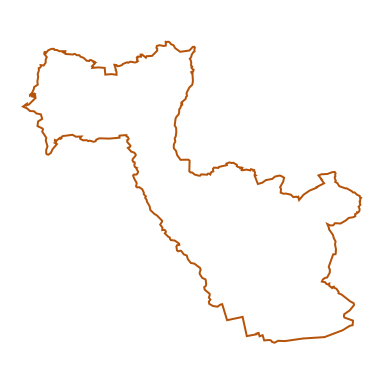 outline of Voinesti, Dâmbovita, Romania
{"feature_id": "2599482B44147750772273", "entity_name": "Voinesti", "entity_type": "district", "adm_level": 2, "iso_a3": "ROU", "parent_name": "Romania", "parent_adm1": "Dâmbovita", "projection": "natural_earth1", "projection_center": [25.247, 45.074], "detail": "fine", "context": "isolated", "style": "outline", "palette": "amber", "viewbox_px": 384, "rotation_deg": 0, "n_neighbors": 0, "source": "geoboundaries", "source_scale": "gbopen_adm2", "svg_char_len": 5868}
<svg xmlns="http://www.w3.org/2000/svg" viewBox="0 0 384 384"><path d="M352.6,325.2L353.0,320.6L344.5,317.6L343.9,316.4L344.2,314.2L349.7,310.4L354.0,305.1L353.7,303.2L350.4,301.5L341.5,294.5L338.5,293.3L338.7,292.0L337.7,290.6L336.5,288.8L334.3,287.8L333.9,286.7L332.7,287.0L332.8,287.7L332.2,288.1L329.2,285.7L329.3,283.6L327.6,284.4L326.3,283.9L325.3,282.3L321.9,281.6L322.9,279.4L324.9,278.0L327.1,277.5L329.7,272.8L329.9,269.8L328.7,266.9L333.2,254.3L335.5,254.2L335.9,252.3L335.7,250.8L336.1,250.0L335.0,244.3L335.6,241.5L333.9,238.4L332.9,234.9L328.9,229.1L329.1,228.3L327.3,224.0L330.1,225.4L332.4,225.4L333.4,225.2L334.9,223.2L340.6,223.5L345.9,220.4L348.7,217.9L352.9,217.3L355.3,216.2L355.1,214.2L356.9,213.3L357.1,212.2L358.3,212.4L359.4,210.9L359.6,209.0L358.6,206.7L360.4,204.8L359.8,203.1L360.1,201.5L359.7,201.2L360.3,200.2L360.2,199.0L361.0,197.9L360.1,197.5L359.6,195.8L357.4,195.0L354.5,192.4L352.9,192.4L351.8,191.2L346.6,188.3L345.5,188.4L339.3,186.2L337.4,183.2L335.2,181.9L335.8,180.8L334.8,178.5L334.8,176.9L335.4,176.2L335.1,174.5L335.6,173.3L334.7,171.9L332.2,172.2L327.3,174.0L321.4,174.3L318.5,175.4L321.6,179.3L321.3,179.5L324.1,183.3L316.7,187.0L317.0,187.4L316.4,187.8L309.4,190.7L303.6,194.7L299.1,200.0L298.3,196.7L297.2,197.2L296.4,196.7L293.3,197.1L291.0,194.7L286.2,193.6L283.4,193.7L280.7,192.7L281.0,188.9L280.1,187.2L283.2,181.6L284.1,177.7L281.0,175.9L279.4,175.6L274.9,176.6L272.3,178.9L265.9,180.1L262.3,182.7L257.9,184.0L254.7,175.8L255.8,175.4L254.7,174.4L255.0,172.4L254.2,170.7L253.7,170.7L254.0,170.1L250.9,169.2L250.3,170.4L246.3,169.6L242.1,170.3L241.5,170.0L242.4,167.8L241.7,167.6L241.3,168.2L240.5,168.2L240.8,167.6L237.8,166.9L236.8,166.2L237.0,165.0L233.5,162.8L231.4,163.0L229.5,162.4L226.4,163.6L226.9,165.1L219.0,166.9L218.3,167.9L214.0,167.6L213.0,168.8L213.3,171.4L211.4,172.0L210.2,174.5L209.1,173.6L207.8,173.7L207.1,174.7L201.2,174.4L200.2,175.6L198.9,175.7L194.8,174.6L192.1,172.5L190.4,172.4L189.3,171.3L189.6,160.6L188.4,159.7L180.5,159.8L177.2,155.2L176.0,150.9L174.0,148.5L173.7,147.2L173.9,144.3L175.3,141.5L174.7,138.3L175.7,136.5L176.3,132.1L176.1,127.9L174.7,125.4L175.6,118.4L176.6,116.6L178.4,114.7L179.1,112.8L179.3,109.1L180.3,108.1L181.2,105.2L181.4,105.6L182.2,104.7L182.1,102.8L181.4,102.8L181.5,102.4L185.5,99.1L186.1,96.9L187.0,95.9L186.5,93.5L187.0,92.1L189.4,87.4L192.2,84.8L192.6,83.2L192.9,80.7L192.5,74.4L192.1,73.8L192.5,73.2L191.8,72.9L192.1,72.4L191.5,72.0L193.2,71.1L193.6,69.8L191.9,68.5L191.4,67.3L192.2,66.7L191.1,65.5L191.2,62.2L190.6,59.9L189.8,58.8L191.1,57.2L191.8,54.6L193.2,52.3L194.5,51.5L194.4,49.5L194.9,47.7L194.4,46.9L192.8,46.9L189.4,50.5L180.2,51.8L175.1,48.1L173.5,45.2L171.0,44.2L169.5,42.2L168.2,41.7L166.5,42.1L165.1,41.3L165.9,42.5L165.8,45.5L163.7,46.0L159.7,45.2L156.9,45.9L156.4,47.8L157.2,48.6L157.2,50.7L152.0,55.9L146.7,56.2L145.9,57.7L142.2,54.6L140.6,54.6L140.6,55.2L141.4,55.2L141.1,56.7L137.6,56.6L137.0,57.3L137.5,57.6L137.0,58.0L137.4,59.2L137.0,59.5L137.2,60.8L137.8,61.2L136.9,61.9L135.0,62.5L130.3,61.7L128.1,62.8L127.0,62.3L122.8,64.0L122.0,65.1L118.9,66.1L117.2,66.1L116.5,65.0L114.4,64.8L115.9,69.7L115.6,70.1L116.5,71.7L116.5,74.8L111.7,74.1L105.3,74.6L104.7,67.9L98.2,67.4L92.3,67.9L92.9,66.7L92.1,66.2L94.8,63.5L94.2,62.9L95.0,62.5L93.9,62.1L94.3,61.7L90.7,60.0L89.9,60.1L89.2,61.0L86.6,60.7L83.6,57.8L80.5,56.7L79.3,55.2L76.8,55.2L75.2,54.1L74.2,53.9L73.1,54.5L65.5,54.0L65.1,53.2L62.1,52.0L65.2,52.2L65.4,51.2L59.2,51.2L56.9,50.0L54.5,49.9L53.9,48.9L51.4,48.9L48.2,50.3L46.0,53.0L45.4,52.0L44.5,52.1L44.2,53.9L46.8,57.1L45.7,59.5L45.7,62.5L43.7,65.5L40.6,65.1L40.9,66.6L39.9,67.8L38.7,68.2L38.9,70.4L37.7,74.2L38.2,76.8L37.4,81.2L37.7,84.7L34.1,87.1L33.8,89.1L32.0,93.0L29.9,94.9L30.0,95.7L34.3,93.5L34.9,93.9L34.5,94.2L35.0,95.3L32.7,95.7L32.2,96.5L34.4,97.0L35.2,96.3L35.6,97.9L28.7,104.7L27.9,104.5L26.8,105.2L26.8,103.8L23.0,106.6L26.9,108.3L30.0,111.0L34.1,111.3L36.3,113.4L40.9,114.4L42.2,118.9L38.1,121.4L37.5,126.1L42.5,128.5L43.0,129.3L42.2,131.6L46.3,137.8L45.8,140.7L47.5,146.3L46.2,150.0L46.2,153.3L46.7,154.2L48.3,154.7L50.8,153.0L52.6,149.2L56.9,144.1L55.0,143.0L55.9,142.6L56.2,141.5L54.8,140.8L54.9,140.0L56.3,140.7L59.3,138.4L60.4,138.9L61.1,138.5L60.7,137.9L61.5,137.9L61.6,137.0L62.7,136.1L72.5,134.8L75.9,136.7L81.3,136.5L80.1,137.9L80.3,138.9L83.1,140.3L86.7,140.2L88.2,141.1L89.6,140.6L93.6,141.8L95.6,141.2L96.3,139.6L99.4,138.3L109.3,138.6L119.5,137.7L119.3,136.0L119.6,135.6L126.4,135.1L126.5,136.4L127.6,136.8L128.6,138.6L128.4,139.5L127.2,140.1L127.3,142.1L130.4,145.5L130.2,146.7L127.9,147.9L131.2,151.6L134.4,152.7L135.8,154.7L135.4,155.9L132.7,159.1L132.5,160.4L133.3,161.9L134.6,162.3L134.8,163.7L134.3,164.7L134.6,166.2L135.1,167.1L136.9,167.9L136.4,168.6L138.1,171.6L137.5,173.6L136.2,174.6L133.9,174.6L133.1,175.4L134.0,178.2L136.7,183.0L136.1,186.5L137.2,187.4L139.2,187.2L142.3,189.3L143.8,192.6L143.8,194.3L145.9,196.4L145.2,197.6L145.4,198.3L146.6,199.7L147.0,201.8L149.6,206.2L150.4,210.1L154.4,213.9L157.0,215.5L162.2,220.8L162.0,221.7L160.2,224.6L162.4,227.6L162.3,230.1L164.2,229.8L165.4,230.5L165.9,231.9L164.8,233.3L168.1,236.6L169.7,237.4L170.0,238.9L170.9,240.1L174.7,240.5L179.1,243.6L179.3,244.9L177.2,245.1L176.4,246.5L177.0,250.4L178.2,251.3L180.2,250.7L181.3,251.0L183.8,254.4L186.8,255.5L187.8,259.1L190.9,263.0L194.3,263.6L200.1,268.0L200.6,269.9L199.6,272.8L199.9,274.3L202.2,277.9L205.5,279.4L205.8,280.3L206.2,284.6L205.5,286.3L204.2,287.1L204.5,289.0L205.0,290.0L209.5,293.6L209.8,294.8L208.9,297.6L210.4,299.6L208.9,301.5L209.2,303.8L212.9,306.0L217.5,306.7L220.4,304.6L222.2,304.2L227.1,320.2L242.6,316.9L246.8,336.1L256.5,334.3L256.3,333.6L258.6,332.9L259.6,336.3L262.6,335.2L264.2,340.4L269.5,340.0L271.2,340.6L272.2,342.0L274.5,342.7L278.1,340.8L284.9,341.1L303.0,338.5L324.5,337.1L342.5,330.3L349.8,325.8L352.6,325.2Z" fill="none" stroke="#b45309" stroke-width="2"/></svg>